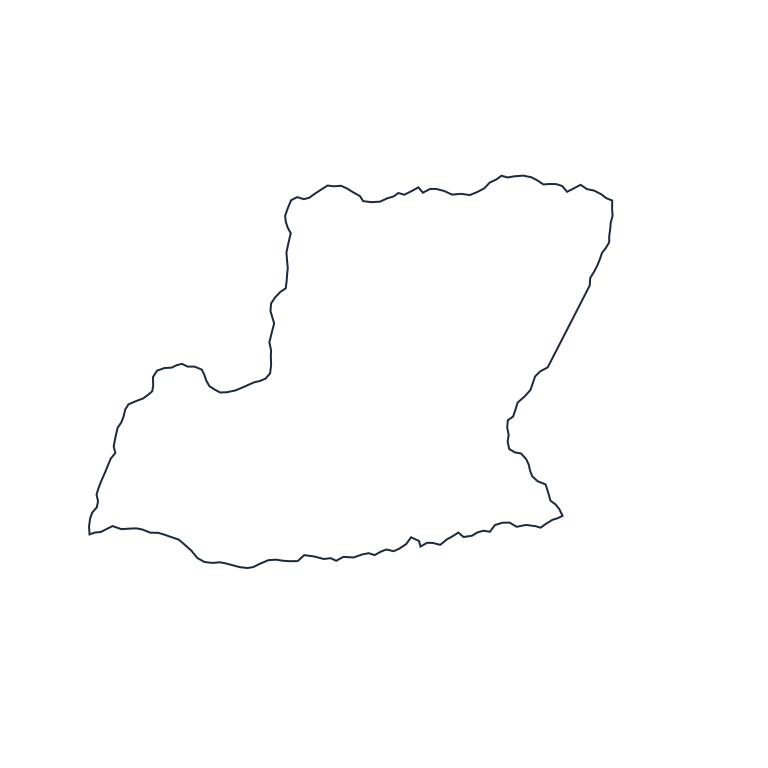 Luislândia, Minas Gerais, Brazil, rotated 207°
{"feature_id": "56859067B98667495241529", "entity_name": "Luislândia", "entity_type": "district", "adm_level": 2, "iso_a3": "BRA", "parent_name": "Brazil", "parent_adm1": "Minas Gerais", "projection": "albers", "projection_center": [-44.589, -16.198], "detail": "fine", "context": "isolated", "style": "outline", "palette": "slate", "viewbox_px": 768, "rotation_deg": 207, "n_neighbors": 0, "source": "geoboundaries", "source_scale": "gbopen_adm2", "svg_char_len": 2938}
<svg xmlns="http://www.w3.org/2000/svg" viewBox="0 0 768 768"><g transform="rotate(207 384 384)"><path d="M578.1,116.3L573.9,120.6L569.2,123.5L565.5,128.6L561.3,134.2L552.2,135.4L543.9,140.3L539.0,143.0L533.6,144.6L524.5,145.5L517.6,148.9L511.0,150.1L504.8,150.9L496.3,152.2L488.9,150.4L480.4,148.2L471.2,144.2L463.1,143.9L455.6,146.7L449.2,150.7L443.9,152.2L437.6,153.6L429.5,155.3L422.0,158.1L417.3,161.6L413.2,167.2L407.1,174.5L400.4,178.5L393.6,180.7L387.6,183.3L380.5,187.0L377.4,195.3L367.7,198.7L358.3,200.7L352.4,204.6L346.3,204.8L341.8,211.5L332.4,215.6L326.0,222.3L320.8,226.3L314.7,227.3L310.8,233.1L306.8,237.6L299.5,239.4L295.6,244.3L291.5,251.5L290.3,259.7L281.5,260.0L277.7,255.7L273.5,262.1L268.2,264.6L260.9,266.2L257.4,274.1L253.9,279.3L250.3,285.4L243.6,283.8L236.8,288.7L233.0,294.6L228.6,298.5L222.6,300.4L221.1,308.7L215.3,314.3L209.2,317.5L201.0,317.0L193.5,322.9L184.5,326.1L179.2,327.1L176.4,332.6L172.3,339.4L168.3,343.3L165.0,347.6L171.0,352.1L176.5,354.6L182.7,355.6L188.6,362.0L194.5,367.9L202.9,367.1L210.0,369.0L214.4,373.0L218.5,377.9L223.2,381.6L230.3,384.3L236.3,382.5L242.9,382.9L247.7,388.8L249.7,395.0L254.5,401.2L257.2,407.9L254.2,413.7L255.1,420.2L256.5,428.1L253.0,436.9L250.8,445.3L251.9,452.9L252.8,459.3L250.6,466.1L245.7,473.1L245.4,565.1L248.4,572.1L247.8,579.4L247.7,586.2L248.4,594.1L249.3,599.7L248.1,605.7L247.7,612.4L250.7,618.6L252.9,625.0L255.2,630.6L256.7,637.6L260.1,643.3L264.0,651.1L270.2,650.5L276.6,651.7L284.6,651.7L291.6,649.8L299.3,650.7L304.5,643.3L308.1,638.4L315.2,641.3L321.2,640.3L327.1,637.5L332.5,634.2L340.7,635.1L346.6,635.1L354.5,632.9L361.9,628.4L367.7,624.1L373.9,622.9L376.9,617.0L381.2,611.6L383.5,603.8L388.3,597.1L393.3,591.3L401.5,588.5L409.4,583.6L418.0,583.3L426.1,581.5L431.5,578.7L436.2,572.1L442.6,574.8L447.0,568.4L451.8,561.9L457.9,560.7L460.6,555.5L465.5,550.8L470.3,544.7L477.9,540.2L485.6,537.5L490.8,540.5L498.5,540.8L505.8,541.4L512.3,541.1L518.2,537.5L524.4,535.2L527.8,529.5L531.7,522.7L535.2,516.0L539.3,512.3L546.2,511.1L550.2,505.5L549.6,497.6L548.5,489.0L545.0,483.8L541.1,479.9L535.5,475.9L533.8,468.8L532.3,463.0L530.6,456.8L526.5,450.1L522.3,443.5L520.3,438.2L517.7,432.1L515.0,424.7L518.2,418.9L520.3,411.8L521.2,404.6L518.3,397.5L513.4,392.3L509.4,388.2L507.4,379.0L505.0,369.0L500.0,362.9L497.1,356.7L493.2,349.7L490.3,341.7L492.0,335.0L496.2,330.1L500.3,326.7L503.8,322.5L507.7,317.6L513.5,310.8L520.3,305.3L526.2,302.0L532.4,302.2L538.6,302.8L544.1,306.5L548.5,310.8L552.9,314.1L560.7,313.5L566.8,310.4L573.2,310.2L577.3,306.6L580.6,302.2L586.8,298.6L592.3,292.8L593.0,285.2L588.9,277.8L587.2,272.3L589.5,266.8L592.1,261.8L597.6,255.7L602.4,249.9L603.0,243.8L601.3,237.0L600.6,230.3L601.5,224.2L599.7,216.8L596.6,205.8L592.1,200.6L593.6,193.5L593.1,186.9L592.4,178.5L591.9,169.4L591.0,160.8L589.9,155.0L585.6,149.7L583.9,143.9L585.6,137.0L584.8,130.8L582.1,123.1L578.1,116.3Z" fill="none" stroke="#1e293b" stroke-width="2"/></g></svg>